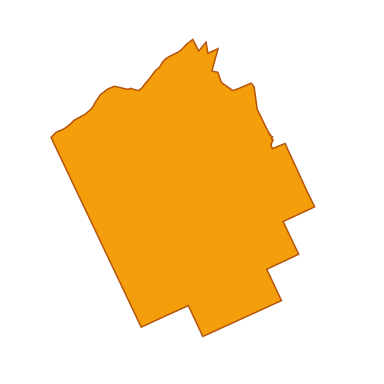 Lincoln, Missouri, United States of America, rotated 244°
{"feature_id": "52423323B2117474870364", "entity_name": "Lincoln", "entity_type": "district", "adm_level": 2, "iso_a3": "USA", "parent_name": "United States of America", "parent_adm1": "Missouri", "projection": "albers", "projection_center": [-90.857, 39.049], "detail": "fine", "context": "isolated", "style": "filled", "palette": "amber", "viewbox_px": 384, "rotation_deg": 244, "n_neighbors": 0, "source": "geoboundaries", "source_scale": "gbopen_adm2", "svg_char_len": 1622}
<svg xmlns="http://www.w3.org/2000/svg" viewBox="0 0 384 384"><g transform="rotate(244 192 192)"><path d="M55.2,224.8L89.8,225.3L89.3,260.6L125.5,260.9L124.9,295.7L142.1,295.7L194.8,296.9L195.8,283.2L200.0,283.6L200.1,284.2L200.4,284.4L200.8,284.5L201.1,284.8L201.2,285.0L201.2,285.3L201.3,285.5L201.6,285.9L201.7,286.0L202.1,286.4L202.2,286.7L202.4,286.9L202.8,287.2L203.0,287.6L203.7,287.6L203.8,287.3L204.0,287.1L204.1,286.8L204.3,286.7L204.5,286.8L204.8,287.1L205.1,287.2L205.5,287.4L205.9,287.7L205.8,288.1L206.1,288.5L206.3,288.6L206.6,288.1L206.8,288.0L207.1,288.0L207.3,287.7L207.6,287.6L208.2,287.4L208.5,287.1L208.9,287.2L209.0,287.4L209.2,287.7L209.4,287.7L209.6,287.6L209.9,287.3L209.9,287.0L209.9,286.7L210.1,286.5L210.3,286.5L210.5,286.7L211.1,286.9L211.3,287.1L211.5,287.2L212.1,287.2L212.4,287.1L212.9,286.9L213.1,286.9L238.0,286.9L259.2,293.9L263.9,292.9L264.6,278.8L265.3,273.2L277.3,266.5L288.3,267.6L292.0,262.9L309.4,278.2L309.7,267.1L320.5,270.3L315.8,259.8L328.8,259.6L327.1,251.4L325.9,248.9L324.1,243.2L323.8,241.0L323.8,230.3L323.0,225.7L321.2,221.6L320.5,220.9L319.9,219.9L318.6,217.8L318.1,216.6L317.6,213.8L316.5,211.1L312.7,203.8L309.4,196.1L307.7,193.4L306.7,189.2L306.8,188.3L307.2,187.4L312.0,182.4L312.4,179.5L312.8,178.7L320.8,169.0L321.1,168.0L321.5,161.8L320.0,154.1L319.3,151.7L318.5,150.4L315.2,144.7L312.7,141.3L311.5,139.3L310.5,136.8L309.3,132.2L308.7,129.7L308.3,119.3L308.1,117.2L306.3,112.0L304.9,104.9L304.9,101.7L305.2,99.4L305.2,97.2L305.0,95.2L302.8,89.2L92.8,87.1L92.2,115.4L91.5,138.9L57.4,138.4L55.2,224.8Z" fill="#f59e0b" stroke="#b45309" stroke-width="1.5"/></g></svg>